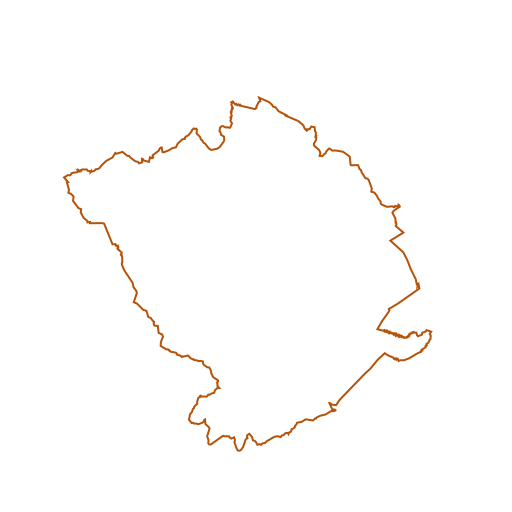 outline of Alfajayucan, Hidalgo, Mexico, rotated 56°
{"feature_id": "50627088B1030892779314", "entity_name": "Alfajayucan", "entity_type": "district", "adm_level": 2, "iso_a3": "MEX", "parent_name": "Mexico", "parent_adm1": "Hidalgo", "projection": "mercator", "projection_center": [-99.403, 20.41], "detail": "fine", "context": "isolated", "style": "outline", "palette": "amber", "viewbox_px": 512, "rotation_deg": 56, "n_neighbors": 0, "source": "geoboundaries", "source_scale": "gbopen_adm2", "svg_char_len": 6130}
<svg xmlns="http://www.w3.org/2000/svg" viewBox="0 0 512 512"><g transform="rotate(56 256 256)"><path d="M416.7,153.1L412.9,156.0L413.5,157.5L412.6,161.1L414.0,162.6L413.1,166.6L411.5,166.8L409.2,165.9L407.7,168.1L407.1,167.8L406.7,169.1L407.3,169.4L406.4,171.7L407.1,171.9L406.7,173.0L407.9,173.4L407.4,174.6L408.0,174.8L407.5,176.0L408.1,176.2L407.0,178.5L406.5,178.3L406.0,179.4L405.4,179.2L404.9,180.4L403.8,179.9L403.6,181.2L403.0,180.9L403.1,182.2L401.9,181.6L402.0,182.8L400.8,182.4L400.7,183.6L400.1,183.3L400.2,184.5L398.7,183.5L398.6,184.8L398.0,184.5L398.1,185.7L397.0,185.2L396.6,186.4L396.0,186.2L395.4,187.3L394.8,187.1L394.7,188.4L393.6,187.8L393.7,189.0L392.6,188.6L392.3,189.9L391.1,189.3L391.1,190.6L390.5,190.3L390.4,191.6L389.2,191.1L389.1,192.3L384.6,196.3L380.5,188.0L376.8,178.0L375.6,175.7L374.2,175.5L374.8,165.4L374.3,138.7L371.6,137.6L371.8,139.3L369.6,137.0L369.3,138.5L364.4,136.5L353.8,135.1L344.1,132.9L335.4,131.8L318.4,136.0L319.0,120.7L309.3,123.4L308.3,121.7L306.5,121.7L306.3,121.0L305.0,120.8L303.0,119.5L296.4,118.7L295.5,116.7L295.5,109.2L294.1,108.9L293.2,109.2L294.5,110.5L292.3,112.7L292.9,113.3L292.7,114.5L291.1,115.1L288.5,119.9L283.4,123.2L282.3,123.3L280.5,122.2L276.2,122.6L274.0,122.1L270.4,122.3L269.1,122.7L267.4,124.4L266.6,124.2L265.2,122.4L256.0,120.0L254.1,120.4L252.7,121.8L245.4,121.6L243.5,120.9L241.8,121.5L237.7,120.6L234.1,126.3L233.3,126.6L226.3,122.8L224.2,123.3L218.2,125.6L213.3,130.7L211.2,133.9L208.1,134.9L207.7,135.6L208.7,139.4L209.8,141.0L209.7,143.1L210.2,143.9L210.1,145.4L208.5,147.3L206.6,145.0L203.3,144.4L197.8,146.0L196.3,145.9L195.1,145.0L193.6,141.7L191.8,139.9L190.5,140.2L190.1,138.8L189.3,139.0L187.3,137.4L185.5,137.2L182.0,135.4L179.6,137.8L180.8,140.6L179.8,142.3L180.2,142.1L180.5,143.7L179.3,143.5L179.1,144.2L177.6,144.4L174.1,143.7L167.7,145.5L156.5,152.8L156.5,152.0L148.6,156.3L143.6,156.7L141.5,158.4L139.7,158.1L135.8,159.1L129.0,163.3L126.5,164.9L130.1,165.9L129.9,167.9L132.7,172.5L133.5,172.8L133.6,174.7L123.1,184.5L121.9,184.5L122.0,185.5L120.6,185.6L120.6,187.2L118.9,187.2L118.8,188.5L114.9,188.8L114.7,190.6L116.1,190.7L116.9,191.9L120.6,192.5L120.9,193.2L120.3,193.6L122.0,194.9L122.0,195.5L122.9,195.7L122.7,196.5L126.0,197.6L126.6,199.2L127.1,198.9L127.4,199.8L128.1,199.7L129.5,201.6L132.6,201.7L135.1,205.5L134.8,206.4L133.6,207.3L132.6,209.2L129.8,210.8L129.3,211.6L129.4,213.9L132.0,216.4L133.7,216.3L136.1,217.2L139.1,215.8L141.9,217.3L143.1,218.9L145.4,225.3L145.3,228.4L143.0,233.9L140.2,235.0L134.4,235.3L133.1,236.1L129.4,236.0L128.5,236.5L125.9,235.8L121.7,236.6L120.8,236.5L118.1,234.3L117.0,234.4L116.4,235.7L115.5,236.2L115.7,238.4L116.7,239.8L118.1,244.6L117.8,247.2L118.2,248.8L119.1,249.4L118.1,251.8L119.0,257.9L121.1,261.6L119.8,265.0L119.6,269.4L118.4,274.5L117.6,275.4L113.3,273.5L112.9,274.2L113.1,275.9L114.3,277.7L114.7,285.3L115.3,285.9L116.7,286.0L117.0,286.7L116.6,287.7L114.9,288.7L118.1,292.2L113.9,295.7L112.3,295.6L111.6,296.2L114.7,298.0L113.8,301.2L112.0,301.2L109.8,303.2L103.7,305.2L102.1,305.2L101.3,306.5L95.1,308.4L93.2,314.5L91.9,315.0L94.1,319.9L93.4,327.1L94.4,333.0L95.6,336.7L95.4,338.6L94.5,340.4L95.0,342.7L94.1,345.3L93.4,345.0L93.9,346.4L93.1,345.9L91.2,347.9L89.6,347.9L87.0,351.8L87.6,353.4L86.8,353.5L86.7,354.7L85.9,355.0L86.8,355.3L85.8,355.9L86.6,355.9L86.4,357.7L84.5,361.5L84.3,362.8L84.9,363.5L85.1,365.0L83.8,366.8L83.5,371.2L89.7,370.5L89.2,371.6L96.5,374.0L98.7,376.2L100.9,374.7L104.5,373.9L108.1,376.9L117.0,376.4L119.4,374.8L122.0,377.0L128.0,377.6L132.8,376.2L133.9,376.9L135.0,374.6L136.0,375.3L142.6,365.3L144.2,363.8L166.1,368.4L167.6,365.9L168.8,366.4L168.9,365.9L169.8,365.8L170.2,364.8L170.8,365.3L171.6,365.1L172.0,366.5L173.4,366.3L173.5,366.7L177.8,365.4L179.0,366.1L179.0,367.1L180.3,367.4L180.8,367.0L181.9,367.5L186.2,370.1L186.9,371.2L188.3,372.1L194.3,373.2L209.2,373.3L213.5,375.0L217.8,374.7L220.1,375.5L226.0,383.2L229.0,381.2L237.6,379.6L240.2,377.5L246.2,379.4L248.5,378.0L252.9,377.7L253.5,377.3L255.2,378.9L256.9,379.1L259.1,376.5L265.3,379.7L268.5,377.7L270.8,378.1L274.2,383.0L277.2,385.3L283.2,382.6L284.7,380.8L286.0,380.5L286.1,380.8L287.8,380.1L291.3,376.5L293.6,376.1L293.7,376.5L296.1,374.6L298.3,373.9L298.1,373.1L298.7,372.6L300.5,368.0L304.2,367.3L306.5,366.1L306.8,365.4L307.9,365.3L309.3,363.5L311.1,362.4L311.5,361.1L313.6,359.0L315.9,360.1L317.3,360.0L320.9,358.7L322.2,357.1L325.2,357.3L328.2,358.6L332.3,359.3L337.8,357.1L338.9,357.6L339.1,359.0L340.8,359.6L341.9,360.6L344.9,360.3L343.8,362.2L344.5,365.4L346.0,367.0L345.2,369.4L345.0,372.3L344.3,373.0L345.0,375.5L341.9,379.9L340.8,380.0L340.8,380.6L341.7,380.7L341.3,383.0L343.9,386.3L345.7,387.4L345.9,389.6L346.7,391.9L347.5,392.6L347.5,393.9L349.4,396.2L350.4,399.3L354.2,403.1L358.5,402.8L358.9,401.5L360.2,401.2L361.4,399.3L363.2,397.8L364.2,394.0L364.1,391.9L362.9,390.4L363.0,389.6L366.9,391.9L371.6,390.8L373.1,391.0L378.1,397.3L382.0,398.3L384.8,400.4L386.1,400.1L387.0,398.9L386.6,383.9L387.6,383.2L390.5,379.1L391.8,379.3L393.6,378.5L394.1,375.6L396.7,376.3L398.4,378.0L404.7,379.7L407.2,379.8L408.3,378.3L408.4,377.0L407.2,373.6L402.4,367.2L402.2,365.0L401.6,365.2L399.7,363.5L399.7,360.9L403.8,360.5L407.2,361.6L408.4,360.5L409.8,360.1L413.3,360.4L413.9,358.2L415.4,357.4L415.0,355.3L416.1,353.2L415.6,350.7L416.1,342.2L417.4,338.9L419.9,336.9L419.2,334.7L419.9,333.6L419.3,330.6L420.5,328.4L421.7,328.6L420.9,327.3L421.2,325.1L419.4,323.3L419.9,321.6L419.6,319.5L418.6,318.4L418.2,316.7L417.2,315.3L419.0,310.8L419.2,306.1L424.2,300.7L423.7,297.6L424.3,297.1L423.8,296.0L424.4,291.9L426.3,286.9L426.6,280.0L428.1,278.4L428.5,276.5L427.9,276.2L425.6,278.5L419.0,277.4L419.5,276.8L421.6,276.2L424.4,273.0L421.9,266.6L414.4,231.3L413.4,224.4L410.0,212.9L408.6,203.6L412.6,201.9L417.1,198.9L418.2,199.2L418.5,198.2L419.5,198.4L419.4,197.1L420.5,197.3L420.5,196.0L422.8,196.5L422.9,195.1L425.2,191.5L426.4,186.5L427.0,176.4L427.7,172.9L427.1,172.6L427.4,171.1L426.4,171.1L426.5,165.9L426.9,165.8L425.5,165.8L425.6,164.5L424.4,164.2L424.2,161.4L422.6,159.0L422.5,158.0L419.9,155.7L417.6,155.4L416.7,153.1Z" fill="none" stroke="#b45309" stroke-width="2"/></g></svg>